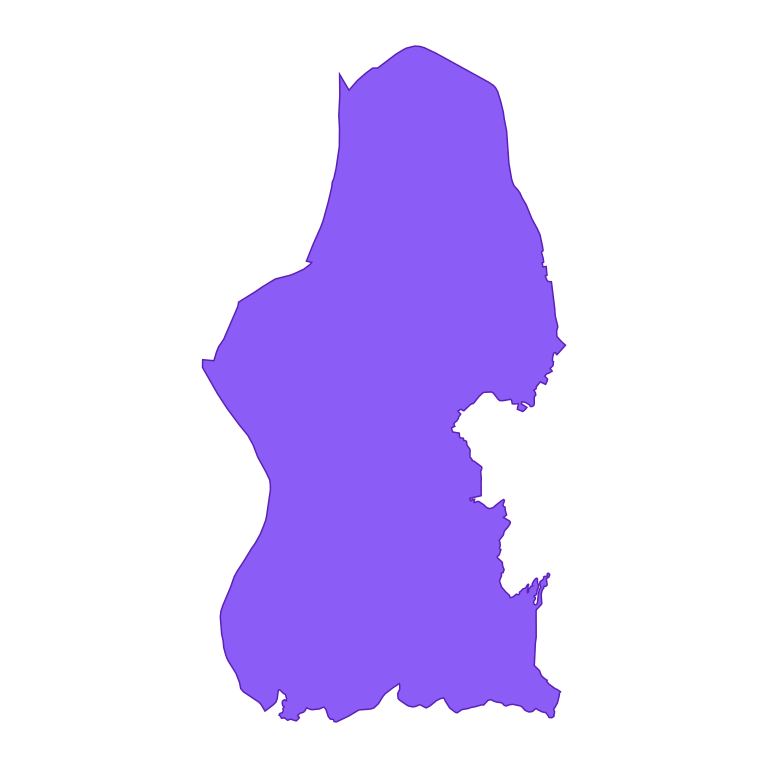 the district of Ba Vi, Ha Noi, Vietnam
{"feature_id": "81297802B94958861355476", "entity_name": "Ba Vi", "entity_type": "district", "adm_level": 2, "iso_a3": "VNM", "parent_name": "Vietnam", "parent_adm1": "Ha Noi", "projection": "natural_earth1", "projection_center": [105.414, 21.156], "detail": "fine", "context": "isolated", "style": "filled", "palette": "violet", "viewbox_px": 768, "rotation_deg": 0, "n_neighbors": 0, "source": "geoboundaries", "source_scale": "gbopen_adm2", "svg_char_len": 6114}
<svg xmlns="http://www.w3.org/2000/svg" viewBox="0 0 768 768"><path d="M508.9,163.5L506.6,130.9L504.2,118.7L503.3,112.1L500.8,101.8L497.7,91.6L495.5,87.7L493.6,85.6L488.6,82.2L435.7,53.1L424.3,47.7L419.7,46.4L414.6,46.1L406.2,48.2L403.0,49.9L395.9,54.2L377.7,68.0L372.6,68.1L365.9,73.1L357.6,80.3L349.0,90.2L339.6,74.3L339.8,95.5L338.8,115.6L339.5,128.4L339.3,146.7L336.1,168.4L333.9,178.4L332.3,182.0L331.7,187.3L328.3,201.9L323.0,221.1L320.7,227.2L312.9,244.8L306.4,261.2L311.7,262.4L310.1,264.4L304.0,269.1L294.4,273.6L290.3,275.2L275.3,279.0L262.3,286.9L255.0,291.9L238.6,302.1L237.9,306.3L223.7,339.3L218.6,346.8L216.6,351.7L213.9,360.7L202.7,359.7L202.5,367.4L217.6,393.9L227.3,408.7L239.3,424.9L247.8,435.3L253.0,444.7L257.8,457.1L266.1,472.3L269.7,479.9L270.3,484.4L270.4,490.0L266.5,516.7L265.6,520.5L263.7,525.7L260.4,533.9L255.2,543.3L251.7,548.2L243.1,562.3L237.5,570.7L234.2,576.7L230.7,586.8L222.7,605.8L220.9,611.3L220.3,617.1L221.7,634.4L223.0,640.1L223.8,647.8L225.4,653.7L226.6,657.5L228.6,661.5L236.0,673.4L239.6,682.7L240.7,688.6L243.4,691.8L258.8,702.1L261.0,704.4L265.0,711.1L273.2,704.9L276.0,702.0L277.2,698.8L278.1,691.8L278.6,689.9L279.1,689.7L280.9,690.8L282.5,692.6L284.2,693.9L285.4,694.3L286.6,698.8L286.4,700.8L286.0,700.8L284.8,699.8L284.2,699.8L283.0,700.6L282.4,701.5L282.3,703.9L282.6,705.1L283.2,706.2L283.9,706.5L284.2,707.0L282.9,708.6L283.3,710.2L282.7,712.2L282.1,712.8L280.0,713.4L279.4,714.2L279.1,715.3L280.1,715.7L281.5,718.3L284.5,717.9L287.7,720.3L290.5,719.1L295.4,720.7L296.6,720.7L299.3,717.8L298.7,716.5L297.7,716.0L297.8,715.2L300.4,713.0L302.6,712.6L303.9,711.9L305.1,710.6L306.5,707.9L310.4,709.4L312.3,709.7L319.7,708.9L323.5,707.1L324.8,707.9L326.1,709.9L328.3,716.6L330.3,719.1L333.0,719.4L333.5,719.7L334.0,721.4L335.5,721.9L336.7,721.8L348.8,716.0L359.0,709.9L367.6,709.3L371.0,708.9L374.0,707.9L378.5,703.6L382.8,696.6L385.1,693.8L393.0,687.7L399.2,683.6L399.7,684.7L399.7,689.3L397.7,693.5L398.1,698.5L399.6,700.1L406.4,704.8L408.6,706.0L410.1,706.4L413.1,706.9L415.8,706.4L419.3,704.8L420.8,705.1L425.8,707.8L426.5,707.8L430.4,705.6L436.6,700.5L441.1,698.4L443.5,698.0L444.1,698.4L445.5,701.4L449.7,708.0L455.5,712.4L457.2,712.8L461.9,709.6L467.8,708.6L471.4,707.4L475.3,706.7L481.9,704.8L483.7,705.0L488.0,700.3L491.0,699.7L493.7,701.1L496.4,702.0L501.9,702.9L504.2,705.3L506.0,706.0L509.6,704.7L512.8,704.3L520.5,706.0L522.2,707.1L525.0,710.3L528.6,711.9L531.2,711.8L532.7,711.3L536.0,708.4L537.7,709.7L542.2,711.9L545.7,712.6L547.8,715.1L549.0,717.4L549.6,717.6L551.9,717.7L553.9,716.4L554.1,715.2L553.7,714.8L554.4,713.4L554.6,711.6L553.8,709.9L553.8,708.7L554.7,707.9L557.5,702.8L559.2,695.8L559.5,693.1L560.5,691.7L556.7,689.2L555.6,689.0L549.2,684.3L546.6,681.4L547.2,680.3L545.2,679.1L542.1,676.4L541.1,675.0L539.5,670.6L534.3,665.6L535.4,643.0L536.2,637.2L536.1,610.7L536.6,609.5L541.5,604.3L541.8,603.4L541.2,595.1L541.7,591.9L542.5,589.6L543.6,588.4L544.0,586.3L545.7,586.3L547.0,585.3L547.1,584.2L546.4,579.0L546.9,578.3L548.7,577.3L549.7,575.0L549.6,574.3L548.7,573.3L547.6,573.4L547.2,574.0L547.1,576.2L544.1,576.5L543.7,577.0L543.6,578.5L543.1,579.3L540.0,581.8L539.7,583.8L540.8,587.3L539.4,589.1L538.5,593.1L537.5,602.0L536.9,604.1L536.0,604.8L535.3,604.9L534.2,604.2L533.5,602.4L533.7,601.6L535.2,599.2L535.3,598.2L535.3,597.5L534.1,596.6L534.0,596.0L535.8,595.0L536.5,594.1L537.2,590.0L538.5,586.5L538.5,585.3L537.4,582.1L537.5,579.0L536.9,578.2L535.8,578.5L533.7,581.0L532.1,584.2L532.7,585.5L532.6,586.2L531.1,586.1L530.5,586.6L529.9,588.0L528.5,589.3L528.5,591.8L527.7,592.7L527.4,592.7L527.4,592.3L527.5,590.0L528.1,587.5L527.9,586.3L528.7,585.0L528.6,584.5L528.2,584.2L526.8,585.6L526.1,587.4L524.2,588.6L522.5,589.1L521.5,590.6L519.5,592.1L519.5,593.8L519.0,594.4L518.0,594.7L516.5,594.1L513.0,596.9L511.1,597.5L510.1,597.5L509.4,595.3L506.1,592.3L501.7,587.2L499.7,581.6L499.6,580.4L501.5,575.9L501.3,573.0L503.1,572.7L504.1,569.6L502.7,566.1L502.3,562.3L497.4,557.7L497.2,556.7L499.2,554.9L500.9,549.6L499.4,548.7L500.3,545.2L499.9,542.3L499.2,540.4L503.3,535.1L504.0,532.3L504.8,530.5L507.6,527.5L510.1,523.6L510.4,522.1L509.5,521.0L503.5,517.4L506.6,515.0L505.3,510.5L505.0,507.1L503.4,506.3L502.9,504.7L504.0,502.2L504.4,500.3L503.7,499.5L501.8,500.5L494.7,506.1L494.0,507.0L491.9,508.1L489.2,508.6L486.5,507.4L483.6,504.7L479.0,501.6L477.7,501.4L476.6,501.6L475.1,502.5L474.4,502.5L473.8,502.0L474.7,499.3L472.1,499.4L471.7,500.6L470.2,500.5L469.8,498.3L481.2,495.7L481.1,482.3L481.3,478.7L480.7,471.4L481.8,468.8L481.7,466.9L474.1,461.2L472.3,460.7L472.0,459.4L469.9,456.8L470.1,449.9L469.5,448.6L467.0,445.2L466.5,441.3L465.1,440.6L463.8,440.5L463.4,438.3L460.7,437.8L459.5,436.9L459.3,433.1L452.8,432.0L451.9,429.9L451.6,427.7L454.8,426.4L453.8,423.9L455.0,422.3L456.8,420.9L458.2,418.8L458.8,416.8L460.7,414.1L457.9,411.1L460.6,409.4L461.5,409.5L463.2,410.7L464.0,410.7L470.1,404.8L471.9,403.7L472.8,403.7L474.2,402.6L478.7,396.8L482.2,393.4L483.9,392.3L491.0,392.0L492.3,392.3L493.6,393.4L498.3,399.5L500.0,400.7L503.6,400.6L510.6,399.3L511.5,400.3L512.3,403.8L514.1,404.0L518.2,403.6L518.4,404.5L517.4,408.1L517.4,409.3L522.5,411.4L523.3,411.2L525.6,409.1L526.9,407.4L521.3,403.8L521.8,401.9L523.5,401.9L525.9,402.7L529.6,405.0L530.0,406.0L530.6,406.5L531.7,406.6L532.8,406.2L533.8,405.3L534.3,403.8L534.2,397.0L535.8,395.1L535.4,392.8L533.8,390.2L535.6,389.3L536.1,388.7L536.4,386.6L540.3,381.9L545.6,384.4L546.9,381.7L547.6,379.5L547.2,378.6L544.7,376.2L546.9,373.5L548.2,373.5L552.2,371.1L550.1,368.5L553.0,365.7L553.5,361.7L552.4,361.0L552.6,357.7L553.6,353.3L554.6,352.7L555.4,352.7L555.9,352.9L556.3,354.5L557.1,354.6L565.5,345.2L561.6,341.7L557.5,337.2L556.9,336.2L556.6,331.0L557.7,327.4L557.7,325.9L555.2,315.9L554.7,308.3L551.4,281.7L548.1,281.5L547.1,280.3L546.0,278.2L545.4,275.7L547.0,275.3L546.2,266.5L542.9,266.8L542.1,262.9L543.6,262.4L543.5,260.4L543.1,258.0L541.5,252.4L541.7,251.7L543.1,250.7L542.5,246.3L540.0,234.7L537.2,228.6L531.8,218.6L526.3,205.0L522.2,198.0L519.9,192.9L517.9,190.1L514.4,186.2L513.3,184.2L511.7,179.5L508.9,163.5Z" fill="#8b5cf6" stroke="#5b21b6" stroke-width="1.5"/></svg>